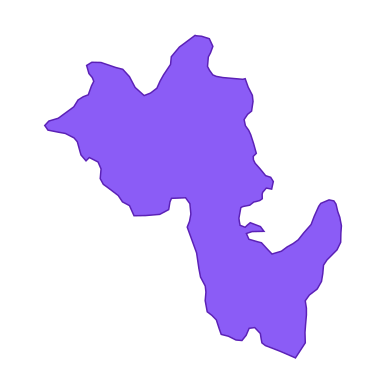 Pohang-si, North Gyeongsang, South Korea (orthographic projection), rotated 5°
{"feature_id": "91817680B48442195707238", "entity_name": "Pohang-si", "entity_type": "district", "adm_level": 2, "iso_a3": "KOR", "parent_name": "South Korea", "parent_adm1": "North Gyeongsang", "projection": "orthographic", "projection_center": [129.325, 36.079], "detail": "fine", "context": "isolated", "style": "filled", "palette": "violet", "viewbox_px": 384, "rotation_deg": 5, "n_neighbors": 0, "source": "geoboundaries", "source_scale": "gbopen_adm2", "svg_char_len": 2202}
<svg xmlns="http://www.w3.org/2000/svg" viewBox="0 0 384 384"><g transform="rotate(5 192 192)"><path d="M181.4,35.7L166.8,48.7L159.6,59.0L159.5,66.8L153.5,77.7L150.5,84.4L148.0,91.6L142.0,97.1L135.9,100.1L126.2,92.8L119.6,82.5L112.3,75.8L105.1,74.6L97.8,72.8L90.0,70.9L80.9,71.5L76.0,75.1L79.0,83.0L82.7,86.7L84.5,90.3L82.6,95.1L80.2,104.2L75.3,106.6L70.5,110.2L66.8,117.5L52.3,130.2L43.2,133.8L39.5,138.6L40.3,139.5L43.1,142.9L54.0,144.1L60.7,144.7L69.8,148.4L73.4,152.0L77.0,161.7L78.2,164.8L83.7,170.2L86.7,166.6L95.8,170.3L99.4,177.0L99.4,186.7L103.0,192.1L107.2,194.6L118.8,201.9L123.6,207.9L130.9,211.0L136.3,220.7L147.9,219.5L161.8,217.1L170.3,211.6L170.9,203.8L172.1,200.1L186.1,198.3L190.9,203.8L192.8,214.1L192.1,221.4L190.3,227.4L201.9,252.3L205.5,267.5L207.9,276.0L213.4,284.5L214.6,290.6L214.6,299.1L217.6,310.0L222.5,313.1L227.4,317.3L231.0,325.8L233.5,331.3L240.8,332.5L248.7,335.6L254.7,335.6L258.4,330.1L260.8,322.8L266.3,321.6L272.4,327.0L273.6,331.9L274.8,336.2L278.5,338.6L293.1,342.8L308.8,348.0L309.5,348.3L318.0,332.4L316.8,322.1L316.7,314.2L316.7,304.5L316.1,297.8L314.3,290.5L317.9,284.4L325.2,277.7L328.8,269.8L329.4,261.9L329.4,253.4L332.4,247.9L341.5,237.0L344.5,229.1L343.9,220.0L343.8,212.7L341.4,204.2L338.9,198.8L336.5,191.5L334.1,188.5L329.2,187.9L321.3,192.1L319.5,195.2L315.9,205.5L313.5,214.0L306.8,223.1L302.0,230.4L297.2,234.6L291.7,238.3L286.2,243.2L277.1,246.8L272.3,242.6L265.6,236.5L261.9,235.9L252.8,234.1L249.8,228.6L255.3,226.2L267.1,224.9L263.2,220.5L252.7,217.5L250.0,220.2L248.0,222.5L242.8,221.0L241.8,217.5L241.0,214.0L241.3,210.8L242.0,203.3L243.5,202.3L244.8,201.8L250.7,200.1L254.4,196.6L256.7,195.9L260.2,194.6L262.6,192.6L262.1,188.2L262.4,186.2L265.6,181.7L266.6,181.7L271.1,182.2L271.6,178.2L272.1,174.5L269.1,170.5L263.9,169.3L257.6,162.8L252.4,157.9L250.4,154.6L249.9,151.2L252.7,147.9L249.1,138.3L245.5,129.8L243.1,125.6L239.4,121.3L237.6,115.3L240.6,109.8L244.3,106.2L244.9,96.5L243.7,90.4L238.8,82.6L235.1,74.5L232.8,75.3L221.3,75.3L212.8,75.3L206.1,74.7L202.5,73.5L198.9,69.3L196.5,65.6L196.5,56.0L198.3,51.7L200.1,45.1L195.9,37.8L188.0,36.0L185.6,36.0L182.6,36.0L181.4,35.7Z" fill="#8b5cf6" stroke="#5b21b6" stroke-width="1.5"/></g></svg>